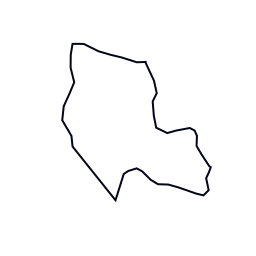 Vingåker, Södermanland, Sweden, rotated 230°
{"feature_id": "70781695B34612539381669", "entity_name": "Vingåker", "entity_type": "district", "adm_level": 2, "iso_a3": "SWE", "parent_name": "Sweden", "parent_adm1": "Södermanland", "projection": "robinson", "projection_center": [15.877, 59.087], "detail": "fine", "context": "isolated", "style": "outline", "palette": "ink", "viewbox_px": 256, "rotation_deg": 230, "n_neighbors": 0, "source": "geoboundaries", "source_scale": "gbopen_adm2", "svg_char_len": 677}
<svg xmlns="http://www.w3.org/2000/svg" viewBox="0 0 256 256"><g transform="rotate(230 128 128)"><path d="M167.2,184.0L172.7,177.0L186.1,168.5L195.0,161.9L205.8,154.7L220.9,148.1L228.1,139.6L220.9,131.2L211.1,122.8L197.6,116.2L192.3,106.0L186.0,92.8L176.2,82.6L158.3,79.6L149.4,73.6L80.7,72.0L95.5,95.2L94.9,100.6L91.5,108.7L85.7,111.0L73.7,112.1L65.7,114.8L58.8,122.5L50.3,128.3L34.2,137.9L27.9,142.5L28.5,149.8L39.3,155.6L42.2,161.8L44.8,166.2L46.5,165.7L60.8,167.4L70.2,169.0L77.7,175.8L83.3,177.4L88.3,175.3L95.1,163.2L98.9,154.8L110.1,149.8L120.7,155.6L132.5,164.0L136.2,172.4L147.5,178.3L166.2,183.3L167.2,184.0Z" fill="none" stroke="#020617" stroke-width="2"/></g></svg>